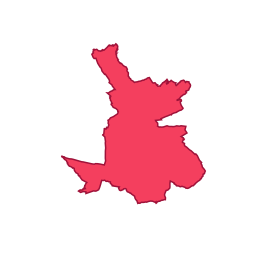 outline of Tataru, Prahova, Romania, rotated 56°
{"feature_id": "2599482B58674664864206", "entity_name": "Tataru", "entity_type": "district", "adm_level": 2, "iso_a3": "ROU", "parent_name": "Romania", "parent_adm1": "Prahova", "projection": "orthographic", "projection_center": [26.318, 45.099], "detail": "fine", "context": "isolated", "style": "filled", "palette": "rose", "viewbox_px": 256, "rotation_deg": 56, "n_neighbors": 0, "source": "geoboundaries", "source_scale": "gbopen_adm2", "svg_char_len": 5782}
<svg xmlns="http://www.w3.org/2000/svg" viewBox="0 0 256 256"><g transform="rotate(56 128 128)"><path d="M158.8,199.5L160.9,191.6L162.0,190.5L162.5,189.4L162.8,186.9L161.6,185.0L159.7,182.6L156.7,179.1L157.7,177.9L158.2,176.5L160.0,176.0L160.8,174.5L161.5,174.3L162.9,172.8L164.1,173.6L165.1,173.2L166.3,173.3L167.2,172.7L167.4,173.1L172.0,168.2L172.5,169.4L174.7,169.8L175.6,169.3L175.9,168.8L176.1,167.6L176.4,166.8L176.0,165.7L176.4,165.2L176.5,164.3L177.1,163.9L177.9,163.6L178.9,164.2L180.5,164.2L181.7,163.3L182.9,162.8L182.9,162.6L183.3,162.6L184.0,162.0L184.5,162.1L188.2,160.7L190.1,161.4L191.6,161.6L193.2,161.3L195.9,162.0L195.9,161.4L196.5,161.0L197.1,159.9L197.1,158.5L198.5,156.5L199.1,154.9L199.9,154.0L200.4,152.0L201.2,150.1L202.5,148.5L204.3,147.4L204.8,146.9L204.8,146.5L205.1,146.8L206.1,146.8L206.0,145.8L205.6,145.2L205.6,144.7L206.1,143.2L206.5,142.6L206.6,140.9L207.3,139.4L207.8,137.6L208.3,137.1L206.8,135.9L204.7,135.5L203.5,134.8L203.0,134.2L201.1,131.3L201.6,130.0L201.7,129.5L201.2,127.0L200.3,126.2L197.3,124.2L195.6,122.6L199.2,120.5L199.5,120.8L199.9,120.6L200.1,120.9L202.1,120.0L202.6,120.2L203.1,120.1L204.3,118.5L205.9,117.6L206.6,115.8L209.1,113.9L210.4,113.6L210.5,113.2L211.4,112.3L211.7,111.3L211.8,109.9L211.8,109.1L211.6,108.6L211.8,108.1L211.7,107.4L212.4,106.0L211.9,104.3L212.0,103.8L211.7,103.3L211.3,99.9L211.4,97.6L210.7,96.4L211.0,95.7L210.6,95.3L210.5,94.8L209.9,93.9L209.9,92.9L208.3,91.6L208.3,91.0L208.6,90.8L208.4,89.9L208.0,89.6L207.1,88.3L206.9,88.0L205.0,87.9L201.9,88.2L200.2,87.5L198.3,87.3L197.8,86.9L197.7,86.3L194.7,86.8L189.6,86.0L187.4,86.3L187.4,87.2L182.2,88.4L180.5,89.2L176.6,90.1L174.8,90.9L173.4,90.7L172.4,89.8L170.4,90.9L169.5,90.2L169.2,89.4L168.6,88.9L168.6,88.6L169.0,88.2L168.7,87.6L168.0,87.8L167.1,87.6L166.6,88.1L165.5,88.3L164.8,88.7L165.1,81.9L161.4,81.8L159.0,79.1L155.8,82.8L155.3,84.3L153.4,86.5L152.9,88.3L152.0,90.0L151.4,90.6L149.6,93.2L148.0,94.4L146.9,98.1L146.0,99.7L145.0,100.9L144.8,101.6L143.0,102.5L142.5,101.9L140.6,100.7L138.2,101.0L137.1,100.9L139.9,95.6L138.7,95.5L139.6,90.4L140.1,88.6L140.7,85.4L141.4,84.7L140.9,83.7L141.3,81.5L142.2,78.9L142.0,78.5L142.3,75.6L142.9,73.8L142.7,71.9L142.4,71.3L140.1,71.3L137.9,71.0L136.0,70.3L135.4,69.8L135.6,69.1L135.4,68.5L134.2,68.1L133.9,68.2L132.4,72.3L132.2,71.0L132.5,70.0L132.4,69.2L131.4,66.0L131.6,65.3L131.3,63.1L131.7,62.5L131.8,61.5L131.3,60.2L131.4,59.8L130.1,59.6L130.1,59.2L129.7,58.9L130.2,58.3L130.4,56.3L129.4,55.1L128.6,53.3L127.6,52.3L126.7,52.0L124.7,52.1L123.8,51.7L123.0,52.7L122.3,53.2L122.2,53.8L122.4,54.7L122.4,54.9L120.7,54.8L119.5,55.1L118.8,57.0L118.6,58.2L118.7,58.9L119.2,59.4L119.0,61.7L119.5,62.0L119.8,64.3L119.7,64.4L118.0,64.0L117.5,63.0L116.0,64.3L113.4,65.4L112.7,65.5L112.6,65.8L112.9,66.1L113.0,67.2L112.5,67.9L112.5,68.4L113.0,69.2L113.2,69.4L113.2,71.2L112.3,71.1L112.5,69.7L112.2,69.2L111.8,69.4L111.4,69.0L111.3,69.5L111.1,69.6L110.9,69.5L111.0,68.7L110.8,68.5L109.5,68.5L109.9,70.0L109.8,70.6L110.2,71.3L110.2,71.9L109.9,72.1L110.2,73.0L109.9,74.0L110.6,75.7L110.6,76.4L111.4,77.9L110.6,78.6L110.1,79.9L108.5,80.2L108.5,79.5L107.6,80.1L105.6,80.3L104.9,81.8L104.1,82.3L98.1,82.1L97.4,84.0L97.7,85.3L97.2,86.6L97.2,88.3L96.7,88.7L96.1,91.4L95.1,93.5L95.2,93.9L94.0,96.3L93.8,97.2L92.2,97.5L90.4,98.4L89.4,98.7L88.5,98.3L87.5,98.9L85.9,98.6L85.2,98.8L82.7,97.0L82.0,96.8L81.0,97.0L80.0,96.8L79.5,96.5L79.0,95.7L76.5,95.4L75.1,96.4L73.3,97.1L70.9,97.3L70.6,97.5L70.4,98.0L70.0,98.0L70.1,98.3L69.9,98.4L66.2,98.6L66.0,98.0L65.6,98.2L64.4,97.7L63.3,97.9L61.4,97.1L61.1,96.6L60.1,96.7L59.8,96.3L59.7,95.3L59.0,96.0L58.8,95.9L57.9,95.3L58.0,94.9L57.6,94.9L57.4,94.5L57.8,94.2L57.1,93.6L57.4,93.2L57.2,92.6L56.9,92.6L56.7,93.3L56.1,92.7L56.1,92.0L55.4,91.7L55.0,91.1L54.1,90.7L53.5,91.0L52.8,90.6L51.4,91.0L51.9,92.7L51.5,93.2L51.9,93.7L51.9,94.5L51.7,94.6L51.1,94.1L50.7,94.1L50.5,94.3L50.5,95.8L49.8,96.2L49.6,97.1L48.9,97.0L48.7,97.5L49.5,100.5L50.1,104.4L49.8,104.7L49.6,105.5L49.3,104.9L48.9,105.1L48.9,108.0L48.4,108.2L47.4,109.4L45.3,109.9L44.6,111.8L43.7,112.1L43.6,112.4L43.7,113.0L44.3,112.9L44.4,113.2L44.7,113.1L45.1,114.2L45.8,114.8L46.4,114.7L46.6,116.7L50.0,117.4L51.5,117.2L52.3,115.6L57.5,116.9L61.9,117.1L63.5,116.8L66.2,117.7L70.5,117.4L70.7,116.7L77.1,116.6L78.7,117.0L79.5,117.7L79.8,118.3L83.3,117.2L84.4,117.5L88.9,117.2L88.4,118.1L88.2,119.0L88.4,119.9L87.9,122.3L88.0,124.6L87.3,125.6L91.9,124.5L91.9,125.1L92.0,125.8L92.9,125.7L93.1,126.4L94.1,126.4L95.0,127.0L96.4,127.0L97.7,127.4L98.6,127.4L98.4,128.0L99.2,128.9L100.1,128.6L102.6,128.7L105.2,127.1L107.5,126.6L108.5,127.2L109.1,127.0L110.4,128.7L110.4,133.7L109.8,136.9L110.5,138.8L110.4,140.3L111.5,140.6L113.1,141.9L114.2,142.0L114.9,142.4L116.4,144.6L115.5,145.4L116.4,146.2L116.6,146.7L116.3,147.2L115.5,147.5L115.3,148.0L119.3,151.3L119.9,152.3L119.1,153.0L122.4,152.2L126.6,154.2L127.7,155.2L132.1,157.7L134.4,159.6L140.4,163.7L142.8,165.0L145.4,168.3L142.2,171.4L140.5,173.3L139.3,175.0L139.2,176.1L137.7,177.8L131.0,184.2L130.2,185.2L123.4,190.9L122.2,192.0L120.7,193.9L118.3,196.0L117.5,196.6L116.4,196.9L114.9,198.4L113.8,198.6L115.1,198.9L115.7,198.4L118.7,198.1L120.3,197.3L121.9,197.6L123.1,197.5L123.1,197.9L123.8,198.2L124.5,198.0L125.1,198.2L126.8,198.0L128.4,196.8L129.7,196.3L130.2,196.4L130.4,196.2L130.3,195.8L130.5,195.6L131.4,195.2L132.5,195.9L133.7,196.2L136.2,196.1L136.5,195.8L138.3,195.1L139.2,195.6L140.1,195.6L140.3,195.5L140.2,195.2L140.7,194.8L141.7,195.2L145.3,195.1L150.1,192.6L150.7,194.4L151.5,195.5L151.5,196.0L153.5,197.4L153.7,198.0L153.8,198.0L154.1,197.3L154.4,197.3L154.0,198.3L153.3,198.2L153.6,198.6L153.3,199.4L153.9,200.0L153.4,201.3L152.9,201.8L152.5,203.0L152.6,204.3L154.9,203.3L155.6,200.8L157.4,198.6L158.8,199.5Z" fill="#f43f5e" stroke="#9f1239" stroke-width="1.5"/></g></svg>